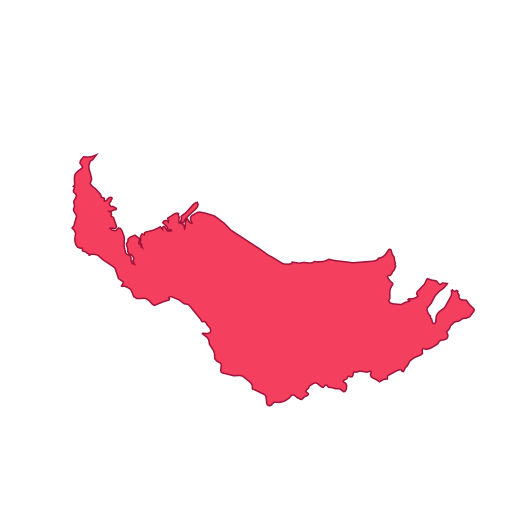 the border of Sarawak, rotated 48°
{"feature_id": "MYS-1187", "entity_name": "Sarawak", "entity_type": "State", "adm_level": 1, "iso_a3": "MYS", "parent_name": "Malaysia", "parent_adm1": "", "projection": "mercator", "projection_center": [112.841, 2.907], "detail": "fine", "context": "isolated", "style": "filled", "palette": "rose", "viewbox_px": 512, "rotation_deg": 48, "n_neighbors": 0, "source": "natural_earth", "source_scale": "10m", "svg_char_len": 6136}
<svg xmlns="http://www.w3.org/2000/svg" viewBox="0 0 512 512"><g transform="rotate(48 256 256)"><path d="M424.8,169.4L425.7,168.4L425.6,167.1L421.1,161.9L420.3,159.4L420.0,156.8L420.6,150.9L420.3,149.4L416.3,137.8L414.7,135.6L412.6,134.1L412.5,132.7L414.5,132.6L415.2,132.1L415.8,130.0L416.5,129.5L417.3,129.6L418.2,130.9L421.1,131.3L422.2,132.8L424.6,133.2L426.3,132.5L429.5,129.3L435.2,129.9L439.9,129.5L441.8,129.6L442.7,130.7L444.1,137.8L442.8,141.6L440.9,143.9L440.2,148.4L437.9,152.8L438.0,158.1L439.5,161.1L439.9,164.8L440.2,165.3L442.7,166.0L443.8,166.9L444.6,168.0L445.1,169.5L444.3,172.0L442.2,175.1L442.1,177.4L442.9,179.7L441.8,186.2L441.0,188.9L439.3,192.0L436.7,193.6L436.7,195.0L439.8,197.5L439.8,199.6L437.4,206.7L437.0,211.6L437.3,213.1L438.8,216.8L439.0,220.1L440.0,221.9L440.5,223.9L439.5,224.7L437.8,224.2L436.5,225.5L435.4,228.4L433.2,237.7L433.3,238.7L435.3,240.7L433.2,243.5L432.1,248.5L428.6,249.2L424.5,250.9L422.6,251.2L420.8,250.4L419.3,248.1L418.4,247.8L416.3,251.6L411.1,255.7L409.6,259.0L407.8,260.7L408.0,261.8L409.6,263.9L410.0,265.1L409.3,266.6L407.4,267.4L407.0,268.2L408.0,270.6L407.0,274.5L407.9,275.3L410.6,274.5L412.9,275.2L415.4,278.0L416.2,280.6L415.4,281.8L411.3,282.5L410.0,283.3L407.7,285.9L405.7,286.9L401.9,290.0L399.5,289.8L398.7,290.2L398.3,291.5L398.6,293.8L398.2,294.5L396.5,295.0L391.8,295.7L389.9,296.7L389.0,299.2L388.3,303.7L389.3,305.2L389.4,308.4L390.0,309.7L393.2,309.2L393.8,309.6L394.0,311.4L393.0,314.4L393.2,318.0L392.4,318.7L389.0,320.1L385.0,320.7L383.8,321.8L383.3,323.0L383.8,326.5L383.2,330.8L382.0,334.0L380.4,336.7L377.4,339.5L376.7,340.5L377.0,344.6L376.6,345.8L375.6,346.8L374.1,347.1L372.8,346.7L367.9,343.2L366.5,342.5L365.1,342.3L354.6,346.5L352.7,347.6L351.9,347.4L350.1,345.6L347.8,344.9L345.3,344.9L336.4,346.3L333.9,348.0L330.2,352.6L320.4,359.2L318.9,359.5L317.2,358.7L314.1,355.0L312.7,354.2L311.4,354.2L307.7,355.5L304.9,355.4L300.4,351.9L297.5,350.8L290.2,349.6L288.2,348.1L285.9,347.0L283.6,346.8L277.9,347.9L277.7,347.5L278.1,346.8L280.9,344.4L282.0,341.9L281.9,340.5L281.3,339.6L278.8,338.4L274.8,338.4L271.5,337.7L270.4,338.1L269.0,339.7L268.3,340.1L266.2,339.5L247.9,338.6L246.4,338.9L243.5,341.3L237.1,342.5L230.0,345.9L228.9,346.8L228.4,348.3L228.7,348.9L230.1,348.9L230.5,350.2L228.3,354.7L224.7,364.7L222.3,365.3L217.3,365.3L213.4,366.5L208.0,373.0L204.3,374.0L197.7,371.6L195.7,371.7L190.6,373.7L189.1,375.7L188.4,376.1L187.1,372.7L186.5,372.2L185.4,372.1L181.7,373.1L180.4,373.1L170.8,369.0L169.6,368.9L155.8,372.4L150.0,372.9L148.3,373.7L144.9,376.6L144.3,377.6L144.1,379.2L143.7,379.5L142.5,378.8L140.5,379.8L139.2,379.6L136.6,381.4L135.7,381.3L134.3,380.1L133.6,380.0L132.5,381.5L130.0,382.7L127.0,382.3L124.2,380.9L121.9,379.1L118.3,374.7L114.4,373.7L112.7,374.1L112.1,373.9L111.7,371.1L106.4,362.8L105.2,362.2L100.5,361.3L99.1,360.3L97.8,357.9L96.6,356.9L93.6,355.1L91.7,350.2L91.0,349.2L89.8,348.7L86.2,348.7L85.1,347.8L83.6,344.8L82.1,345.3L81.9,343.6L81.5,343.0L76.0,338.3L74.1,335.5L73.8,331.5L74.2,326.6L73.8,325.5L72.7,325.0L69.2,324.7L67.6,322.6L66.9,317.8L69.7,315.1L71.3,313.0L72.9,310.1L74.0,306.8L75.2,313.0L74.6,315.8L77.0,319.8L79.4,321.8L83.2,323.5L88.9,326.7L91.4,330.9L95.3,331.0L98.3,330.3L106.2,330.3L108.9,331.5L111.5,330.1L113.8,332.0L114.8,329.9L114.4,328.6L114.4,326.1L115.1,324.7L116.1,324.1L117.0,324.4L117.5,326.2L118.2,327.3L118.4,329.5L119.9,330.5L121.8,330.7L122.4,330.4L123.2,329.3L127.1,327.9L127.9,329.0L126.6,330.8L126.0,333.5L124.5,335.3L127.0,334.6L128.5,335.6L128.9,336.8L129.6,337.0L132.1,336.2L140.6,339.8L141.4,341.3L141.0,342.8L137.6,345.5L137.6,345.9L140.5,345.6L142.8,344.0L143.5,342.8L143.0,339.6L144.7,338.3L147.5,338.7L152.8,340.8L155.4,342.5L160.1,347.2L166.1,350.7L166.9,350.9L168.4,350.7L171.7,349.2L173.7,350.0L175.9,351.9L178.4,353.0L181.0,351.8L177.4,350.9L176.2,348.4L173.5,347.7L171.8,347.8L169.6,348.8L167.1,348.5L164.1,346.1L161.4,345.0L160.4,344.2L159.3,341.3L158.1,340.1L157.8,339.4L157.8,337.0L159.2,332.7L159.7,331.9L164.6,331.1L165.8,331.5L167.5,334.1L168.4,334.9L170.6,334.1L172.5,335.3L173.9,334.9L172.0,334.3L170.9,333.4L168.0,332.9L168.0,332.2L167.1,330.9L165.2,330.0L163.7,327.6L163.3,325.9L165.4,324.8L164.2,323.3L164.4,322.1L168.2,314.8L170.0,309.2L170.1,307.7L170.4,307.4L172.4,307.9L173.9,307.8L172.3,306.5L172.2,305.0L173.0,304.2L178.1,305.1L179.3,304.1L180.7,302.0L180.1,301.5L179.4,301.7L178.7,302.4L178.2,303.9L177.7,304.0L175.3,302.7L174.0,302.5L168.8,303.0L168.4,301.0L168.8,300.0L169.7,299.0L170.9,298.4L172.2,298.6L171.5,297.5L169.3,296.8L168.8,296.3L170.2,288.0L171.0,286.3L172.6,285.1L173.1,286.2L176.0,287.3L178.2,289.8L179.9,291.0L182.3,289.5L185.0,289.0L187.8,290.7L187.3,289.5L183.5,285.7L182.3,282.2L187.4,282.8L188.6,281.8L189.5,281.8L185.8,280.7L183.4,278.7L183.1,276.3L184.5,270.1L185.6,268.5L190.0,265.1L198.6,260.0L210.4,257.7L219.8,257.4L254.3,248.3L263.7,246.3L267.5,244.8L278.9,241.5L280.9,240.4L284.2,236.9L285.5,234.6L284.7,233.2L290.4,228.6L292.7,224.8L297.5,220.5L298.7,218.8L299.4,215.9L300.9,214.8L304.6,210.4L306.0,207.9L307.2,204.0L310.9,201.5L325.8,188.6L338.7,171.8L340.0,168.9L339.6,166.4L340.9,164.4L341.5,161.8L341.5,158.8L340.1,153.0L340.5,152.0L341.9,151.6L345.9,153.6L349.3,154.1L352.6,156.3L354.9,157.4L355.3,158.6L357.1,159.0L357.5,160.3L358.5,161.7L359.0,163.4L359.0,165.2L359.8,166.4L360.3,169.2L359.0,170.9L359.4,172.4L364.2,173.1L367.8,172.7L368.6,173.5L369.9,177.4L371.4,179.8L377.0,184.8L378.1,187.4L380.6,187.7L383.5,186.0L389.2,180.6L390.4,175.9L392.3,172.7L392.1,171.6L390.2,172.4L390.1,171.1L393.0,167.7L394.0,164.4L394.2,162.6L391.6,162.0L390.5,160.3L389.6,149.4L387.6,144.7L387.7,143.7L391.6,141.5L394.7,138.9L396.0,138.6L399.4,138.8L400.4,138.2L401.0,135.3L404.5,132.2L404.9,133.4L405.4,138.1L404.9,143.0L405.2,148.0L405.7,150.4L408.4,157.6L409.2,163.7L410.5,165.1L414.0,166.4L415.3,166.7L417.1,166.5L419.2,167.8L420.4,167.7L423.5,169.3L424.8,169.4ZM182.7,287.9L182.7,289.0L181.5,288.4L180.2,289.8L178.5,286.5L176.6,285.4L176.4,284.1L176.9,278.9L175.8,268.7L175.9,265.6L176.8,263.7L178.9,264.5L180.2,266.4L180.8,269.0L180.9,279.7L181.4,284.3L182.7,287.9Z" fill="#f43f5e" stroke="#9f1239" stroke-width="1.5"/></g></svg>